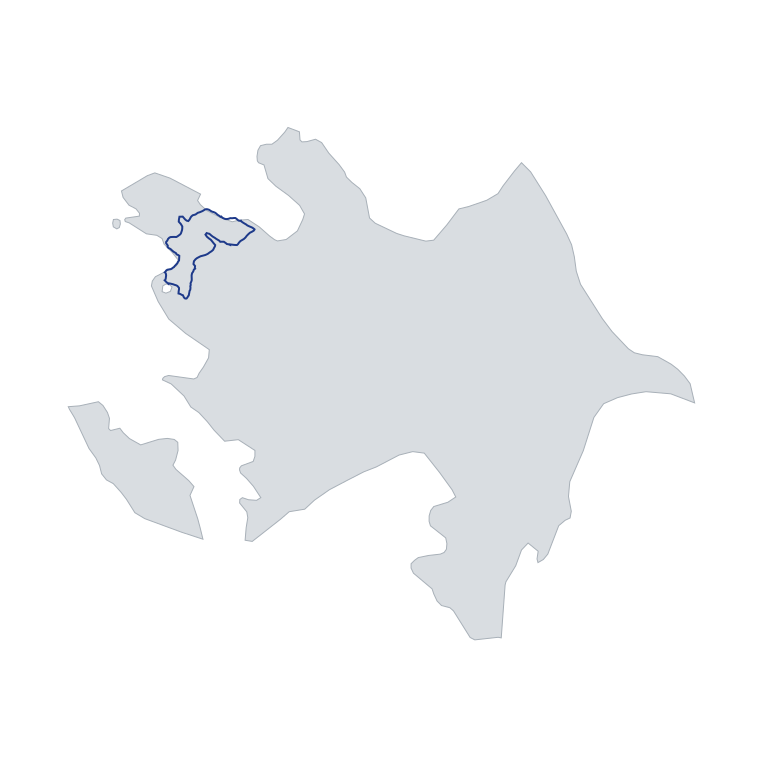 Tovuz District, Tovuz, Azerbaijan shown in context, rotated 7°
{"feature_id": "54616110B84187356839814", "entity_name": "Tovuz District", "entity_type": "district", "adm_level": 2, "iso_a3": "AZE", "parent_name": "Azerbaijan", "parent_adm1": "Tovuz", "projection": "natural_earth1", "projection_center": [45.767, 40.907], "detail": "fine", "context": "in_parent", "style": "outline", "palette": "blue", "viewbox_px": 768, "rotation_deg": 7, "n_neighbors": 0, "source": "geoboundaries", "source_scale": "gbopen_adm2", "svg_char_len": 5808}
<svg xmlns="http://www.w3.org/2000/svg" viewBox="0 0 768 768"><g transform="rotate(7 384 384)"><path d="M531.3,621.7L528.1,621.5L505.3,626.9L500.4,625.1L480.6,600.7L476.6,598.0L468.1,596.9L463.1,592.9L459.0,586.3L456.7,581.5L436.3,568.2L433.3,563.4L432.8,559.1L435.8,555.3L439.2,552.1L449.0,548.8L460.6,546.0L464.2,543.9L466.1,540.4L465.9,534.8L464.0,529.2L447.4,519.1L445.5,514.8L444.9,509.4L445.8,503.8L448.4,499.5L461.8,493.6L469.0,487.4L464.4,480.6L449.8,464.9L432.4,447.7L420.8,447.6L407.6,452.7L386.4,467.3L374.7,473.6L359.4,484.0L342.8,495.5L329.1,507.8L320.6,517.9L305.5,522.3L297.8,530.8L272.4,556.3L265.2,556.0L264.7,543.4L265.1,533.3L263.4,527.6L255.2,519.7L255.0,516.2L257.3,514.1L263.6,515.4L271.7,515.0L275.6,511.8L266.8,501.4L259.1,494.5L252.5,489.8L251.1,486.9L251.0,484.9L252.4,482.6L263.6,476.8L264.7,471.6L264.0,465.7L246.2,457.0L232.8,460.2L220.9,450.5L213.2,442.9L203.7,434.9L195.1,430.4L187.0,420.3L172.8,409.9L163.6,406.9L163.8,405.3L165.4,403.4L169.2,401.8L194.6,402.2L197.7,400.3L199.2,395.8L202.7,389.2L206.7,379.4L206.4,371.2L181.0,358.0L162.5,345.8L149.8,329.7L141.2,315.0L141.5,310.1L144.0,305.4L163.7,291.9L165.0,288.4L164.6,286.0L157.6,279.1L148.7,272.0L146.0,266.7L140.4,264.1L129.9,263.9L111.4,255.1L107.4,254.3L106.6,252.5L107.5,250.8L120.7,247.2L120.5,244.3L116.5,240.4L109.1,237.6L102.3,230.6L99.9,224.4L123.8,206.0L130.8,202.4L146.4,205.7L178.8,217.9L176.6,224.6L179.9,228.4L187.3,233.6L201.6,238.8L213.6,241.5L219.7,239.2L229.0,237.3L241.1,243.3L252.3,251.0L257.8,254.1L260.8,255.0L269.3,252.5L279.4,242.6L283.3,230.7L284.4,224.9L278.5,217.0L266.3,208.5L252.6,200.9L243.8,194.3L238.2,181.2L232.6,179.7L231.1,178.0L230.2,173.6L230.4,167.3L232.4,162.5L237.9,160.4L243.5,159.7L248.5,155.1L254.8,146.1L257.4,141.1L269.3,144.0L270.9,152.0L273.1,153.7L278.0,152.8L286.2,149.4L292.7,152.0L301.1,161.6L312.7,171.7L319.1,178.5L321.5,183.2L327.5,187.8L336.2,193.1L343.2,201.5L349.4,221.0L355.7,225.5L378.2,233.0L386.0,234.5L408.1,237.1L415.8,235.2L427.0,218.4L437.0,201.1L446.5,197.5L463.6,189.1L473.9,181.2L478.1,172.7L487.6,156.6L493.5,147.6L503.7,155.6L521.5,177.4L547.0,212.8L553.2,222.9L557.4,234.5L561.1,248.6L566.9,261.1L592.8,292.6L604.0,304.2L622.2,319.2L628.6,322.5L637.0,323.5L652.4,323.5L666.7,329.4L673.8,333.6L681.2,339.5L687.8,346.4L694.6,364.9L669.8,358.8L645.0,359.7L631.0,363.7L617.4,369.1L604.4,376.8L596.4,391.6L589.9,426.0L580.3,458.3L580.8,473.2L585.4,487.5L585.0,494.3L580.4,497.2L574.7,503.3L567.3,532.9L563.5,538.8L558.6,542.5L557.2,539.0L557.4,531.2L546.4,524.3L540.7,532.0L536.9,548.3L529.1,565.5L528.7,568.8L531.3,621.7ZM160.7,318.1L161.8,313.5L158.7,311.4L155.4,311.3L152.5,313.6L152.5,319.4L156.5,320.4L160.7,318.1ZM78.8,452.4L75.0,447.6L73.4,445.0L84.4,442.8L102.7,436.4L107.7,439.6L113.0,446.0L115.7,451.6L116.1,461.8L118.3,463.5L127.2,460.1L131.2,464.2L138.0,469.2L149.9,474.1L167.1,466.4L175.6,464.4L182.6,464.6L186.4,467.0L187.7,475.0L186.4,484.9L184.4,490.3L188.0,494.2L202.0,503.7L207.9,509.0L205.0,518.2L215.6,540.6L219.1,549.3L223.2,560.1L201.7,555.9L163.0,546.8L152.4,542.1L142.3,529.7L136.3,523.6L127.5,515.9L120.2,513.0L114.7,507.6L111.6,499.6L107.0,492.5L99.1,484.0L81.1,455.4L78.8,452.4ZM102.2,261.0L99.9,262.6L96.2,261.0L95.1,257.4L95.4,253.7L99.0,252.9L102.0,253.9L102.8,257.3L102.2,261.0Z" fill="#d9dde1" stroke="#a8b0b8" stroke-width="1"/><path d="M222.0,239.4L220.8,239.6L219.6,239.5L218.2,238.5L216.4,237.4L215.0,237.5L213.0,238.0L211.3,238.1L209.2,239.1L207.0,239.6L205.5,239.4L203.4,238.7L202.0,237.6L201.4,238.0L199.5,236.9L198.5,236.5L197.0,235.5L195.8,234.7L193.9,234.1L192.4,233.9L190.9,233.3L189.1,232.4L187.5,232.1L187.1,232.1L186.1,232.2L185.2,232.5L184.0,233.5L182.7,234.5L180.3,235.9L178.3,236.8L176.3,238.7L173.5,239.9L172.2,241.4L171.7,242.5L171.0,244.4L169.9,246.1L168.2,245.9L166.7,245.0L163.8,242.4L160.6,242.9L160.4,245.7L160.5,247.9L162.9,250.0L164.6,252.2L164.8,254.3L164.8,255.6L164.6,256.8L164.1,259.2L163.5,260.3L161.2,262.5L160.0,263.4L157.9,263.6L155.7,263.9L154.2,264.2L153.1,264.9L152.0,266.3L151.4,268.2L150.5,269.4L150.5,270.4L150.5,270.6L151.9,272.3L152.5,272.9L152.5,274.3L153.6,275.3L155.6,276.0L157.1,277.1L158.9,278.3L161.6,279.5L162.3,280.6L164.1,281.1L165.2,281.7L165.3,283.1L165.5,286.3L164.4,288.3L164.1,289.5L163.4,290.3L162.9,291.1L161.9,292.4L161.3,293.5L160.3,294.3L159.3,295.4L158.4,296.0L156.9,296.4L155.0,297.0L154.0,297.9L153.2,299.5L152.9,299.8L153.1,299.9L154.0,301.0L154.5,302.6L154.5,304.5L154.5,305.9L154.2,307.4L153.7,307.8L155.5,309.3L158.0,310.9L158.2,310.3L159.9,310.4L161.5,310.6L162.5,310.7L164.1,311.1L165.4,311.3L166.9,311.8L167.7,312.5L168.8,313.6L169.0,314.8L168.9,317.2L169.0,319.2L170.8,319.5L172.5,320.2L173.6,320.4L174.2,321.4L174.7,322.2L175.5,323.0L176.3,323.4L177.6,323.2L178.4,321.9L178.8,320.8L179.4,320.0L179.5,318.4L179.6,317.2L179.7,315.2L180.2,314.1L180.2,312.7L180.1,311.5L179.8,310.5L180.1,309.3L179.7,307.6L180.1,306.3L180.5,304.7L180.4,303.3L180.2,302.2L179.8,299.5L180.0,297.4L180.6,296.3L181.1,295.0L181.3,293.7L182.5,292.5L182.1,291.9L182.1,289.9L180.3,288.2L180.3,287.3L180.4,285.3L181.7,283.2L183.1,281.8L186.3,279.6L191.0,277.7L193.1,276.4L195.0,274.6L196.7,273.2L198.1,271.6L198.6,270.0L199.1,268.8L199.5,267.6L199.5,266.6L197.8,265.1L196.3,263.6L194.5,261.9L192.4,260.8L190.3,259.4L188.6,257.5L189.6,255.8L191.1,256.1L192.4,256.2L194.3,257.5L196.1,258.6L198.2,259.5L199.8,260.4L201.2,261.0L203.0,261.8L204.1,262.8L207.7,262.3L210.1,263.6L210.9,264.2L212.8,264.3L214.3,264.7L214.2,264.2L216.5,264.2L218.5,264.2L221.1,264.0L222.0,263.0L222.8,261.4L224.1,259.6L227.3,257.1L228.7,255.4L229.6,253.8L231.1,251.8L232.6,250.1L234.2,249.1L236.0,247.7L236.7,246.4L236.6,246.2L235.1,245.3L233.8,244.7L232.0,244.2L230.6,243.8L228.9,243.2L227.6,242.4L225.9,241.7L224.0,240.8L222.0,239.7L222.0,239.4Z" fill="none" stroke="#1e3a8a" stroke-width="2"/></g></svg>